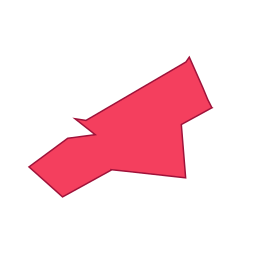 outline of Belle Plain, Soufrière, Saint Lucia, rotated 295°
{"feature_id": "8701671B19516927692390", "entity_name": "Belle Plain", "entity_type": "district", "adm_level": 2, "iso_a3": "LCA", "parent_name": "Saint Lucia", "parent_adm1": "Soufrière", "projection": "equal_earth", "projection_center": [-61.03, 13.828], "detail": "fine", "context": "isolated", "style": "filled", "palette": "rose", "viewbox_px": 256, "rotation_deg": 295, "n_neighbors": 0, "source": "geoboundaries", "source_scale": "gbopen_adm2", "svg_char_len": 398}
<svg xmlns="http://www.w3.org/2000/svg" viewBox="0 0 256 256"><g transform="rotate(295 128 128)"><path d="M93.2,77.7L50.9,54.7L37.9,97.8L82.8,130.6L83.1,130.3L87.5,143.1L107.2,201.3L153.6,174.9L153.9,175.0L181.7,195.4L181.9,195.6L182.0,195.2L187.5,188.2L196.1,178.8L218.1,153.6L212.3,152.6L117.1,86.7L114.0,76.1L108.1,101.1L93.2,77.7Z" fill="#f43f5e" stroke="#9f1239" stroke-width="1.5"/></g></svg>